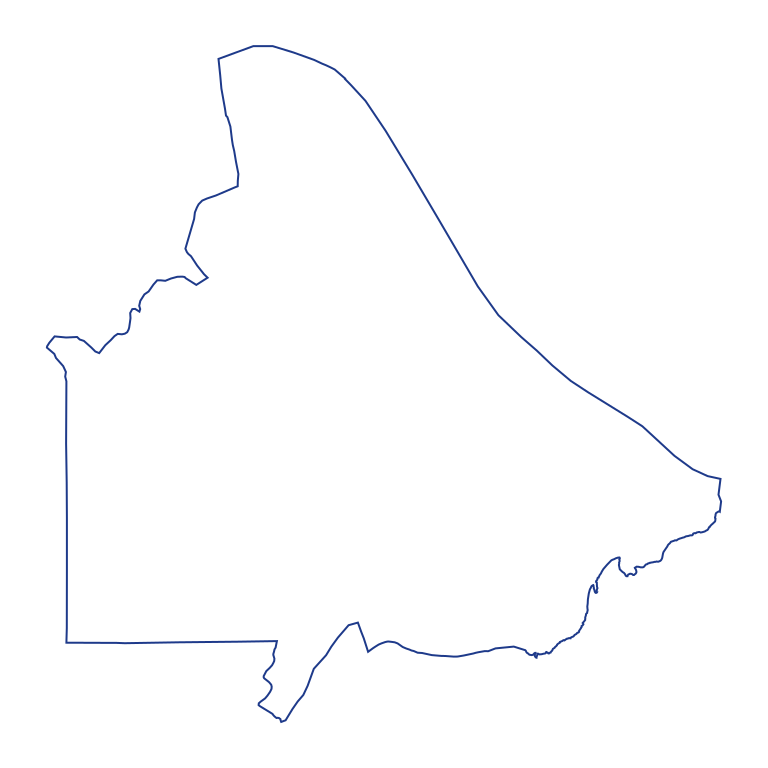 outline of San Cristóbal, Bolívar, Colombia
{"feature_id": "7082276B17272227994526", "entity_name": "San Cristóbal", "entity_type": "district", "adm_level": 2, "iso_a3": "COL", "parent_name": "Colombia", "parent_adm1": "Bolívar", "projection": "natural_earth1", "projection_center": [-75.055, 10.374], "detail": "fine", "context": "isolated", "style": "outline", "palette": "blue", "viewbox_px": 768, "rotation_deg": 0, "n_neighbors": 0, "source": "geoboundaries", "source_scale": "gbopen_adm2", "svg_char_len": 6052}
<svg xmlns="http://www.w3.org/2000/svg" viewBox="0 0 768 768"><path d="M334.7,69.5L330.4,67.3L325.9,65.2L322.2,63.7L314.1,59.9L293.5,52.5L272.6,46.1L253.4,46.1L218.5,58.9L220.2,75.2L221.4,88.6L225.0,108.8L226.0,115.6L227.4,117.1L230.4,126.6L232.0,139.9L232.8,145.0L234.2,151.0L236.0,161.8L238.4,174.0L237.8,180.9L237.7,186.3L234.8,187.4L215.9,195.5L207.0,198.5L202.2,200.6L198.6,204.3L196.9,207.5L194.9,212.4L194.1,219.0L185.4,248.7L186.9,252.1L188.3,253.9L191.0,256.2L197.1,265.5L204.0,274.2L207.6,277.7L196.3,284.9L185.7,278.2L184.6,277.0L182.8,276.7L180.2,276.7L177.3,276.8L171.0,278.5L165.3,280.8L160.5,280.3L157.2,280.3L153.5,284.5L148.6,291.5L144.4,294.4L140.3,300.9L139.2,305.8L140.2,309.1L139.4,311.6L135.1,308.9L132.3,309.1L130.2,313.0L130.5,318.1L130.1,321.2L129.2,327.4L128.6,329.5L127.2,332.2L124.8,333.7L121.9,334.3L117.7,333.9L114.5,336.1L110.7,340.2L105.3,345.2L99.2,353.1L95.3,351.5L91.3,347.5L83.9,340.9L79.7,339.5L77.1,337.0L66.1,337.5L54.6,336.4L49.3,342.8L47.1,346.3L46.9,347.6L51.6,351.6L54.3,353.9L56.0,358.0L63.2,366.1L65.9,372.0L65.2,376.6L66.4,381.3L66.1,443.5L66.7,482.6L66.9,518.2L66.9,570.9L66.8,628.1L66.4,642.7L116.9,642.9L124.7,643.2L178.7,642.3L237.9,641.7L276.9,641.1L275.6,647.6L274.5,649.4L274.0,651.7L273.4,653.7L273.3,654.9L274.4,658.6L274.2,661.0L273.4,662.8L272.1,665.2L269.7,667.9L266.3,671.1L263.7,676.1L263.7,677.4L264.2,678.3L269.1,682.2L271.2,684.7L271.7,686.7L271.5,688.9L270.1,691.8L267.4,695.7L265.1,698.4L260.7,701.6L258.8,703.3L258.6,705.1L259.8,706.1L272.5,713.9L273.3,715.1L274.5,716.4L276.5,718.0L277.7,717.8L278.9,718.0L280.4,719.1L280.7,720.6L281.2,721.9L285.6,720.3L292.5,709.0L297.7,701.5L303.3,695.0L307.6,685.9L313.8,668.8L326.1,655.2L331.3,646.7L337.9,637.6L348.6,625.2L357.9,622.6L361.1,631.5L363.8,638.4L368.1,651.8L373.0,648.2L375.1,646.8L378.6,644.6L381.4,643.4L385.1,642.1L387.2,641.6L388.5,641.5L391.8,641.9L394.7,642.3L397.6,643.4L402.7,647.0L406.2,648.5L409.5,649.6L411.5,650.5L413.7,651.0L417.6,652.7L422.1,653.0L431.8,655.1L441.1,655.9L445.3,656.0L453.5,656.6L456.2,656.6L457.9,656.5L463.8,655.5L473.3,653.5L475.7,652.8L478.5,652.2L481.4,651.7L484.8,651.1L488.2,651.2L495.5,648.4L513.8,646.6L525.3,650.2L526.0,651.1L526.3,652.0L526.9,652.8L527.6,653.1L529.4,654.7L531.7,655.1L533.0,654.8L534.1,653.5L535.0,652.9L535.5,652.9L535.5,653.4L534.9,654.1L534.9,654.3L534.8,655.9L535.4,657.0L536.1,657.6L536.5,657.7L536.6,656.7L537.2,655.4L537.2,654.9L537.5,654.4L537.6,653.7L538.2,653.7L539.4,654.4L541.7,654.2L543.6,653.7L545.1,653.5L545.7,653.0L546.1,652.1L546.6,652.0L547.2,652.7L547.9,652.8L548.2,653.3L548.9,653.5L549.4,653.0L549.8,652.7L550.6,652.6L551.1,651.6L551.8,651.0L552.3,650.4L552.6,649.5L553.0,648.8L554.5,647.9L555.0,647.1L556.2,646.1L557.0,645.2L557.1,644.6L558.0,643.8L559.9,642.6L559.9,642.0L562.5,640.9L563.0,640.4L563.4,640.3L563.9,640.1L564.5,640.4L565.3,639.8L565.7,639.4L566.9,638.9L567.1,638.6L568.0,638.5L568.8,638.3L569.0,638.1L570.5,638.3L570.7,637.7L571.5,637.3L571.9,637.0L573.3,636.5L574.0,635.8L574.6,634.9L576.0,634.2L576.5,633.8L577.1,633.0L577.5,632.7L578.2,632.6L578.7,632.3L579.1,631.7L579.1,630.8L581.0,628.1L581.1,627.6L581.6,627.1L581.6,626.0L582.6,625.4L582.8,625.0L583.2,624.6L583.4,624.3L583.1,623.4L582.7,623.0L584.5,620.9L585.2,619.9L585.1,619.3L585.3,618.4L585.2,617.5L585.9,615.4L586.0,614.1L586.6,613.4L587.1,613.0L587.2,612.2L587.7,610.0L587.5,609.1L587.3,606.5L587.7,603.6L587.9,599.4L588.8,593.5L589.9,589.4L590.8,587.8L591.2,586.8L591.6,586.1L592.7,585.3L593.3,585.1L593.5,585.5L593.5,586.2L593.7,587.1L593.9,588.0L593.8,588.7L594.3,589.5L594.5,590.5L594.8,591.7L595.2,592.4L595.7,592.9L596.2,592.9L596.9,592.5L597.0,592.3L596.1,592.2L596.0,591.4L596.6,590.9L596.9,590.0L596.9,589.2L597.4,588.5L597.4,587.9L597.0,586.8L596.8,582.5L596.0,581.9L596.2,581.0L597.2,579.8L597.4,579.2L597.5,578.2L598.0,577.6L598.6,577.6L599.0,576.6L599.6,575.2L600.9,573.5L601.8,571.6L603.4,569.0L607.2,564.6L611.4,560.3L612.7,559.7L614.1,559.2L615.8,558.3L618.0,557.6L619.5,557.5L619.7,557.8L619.8,558.7L619.3,559.4L619.6,560.5L619.6,561.3L619.1,562.4L619.2,563.5L618.9,565.0L619.6,568.4L619.8,569.3L621.7,571.2L622.7,572.1L624.0,572.9L625.1,574.3L625.7,575.6L626.4,576.2L627.4,576.2L627.5,576.2L627.7,575.4L628.2,574.6L629.7,573.9L630.1,573.7L630.5,573.8L631.5,573.9L632.4,574.3L632.8,574.8L633.3,575.0L633.6,575.0L634.0,575.0L634.2,574.8L634.9,574.2L635.7,573.6L636.0,573.1L636.3,572.6L636.4,572.0L636.4,571.5L636.1,570.2L635.7,569.2L634.9,568.1L634.8,567.8L636.6,566.7L637.1,566.7L638.6,566.8L640.6,567.3L642.8,567.3L643.5,567.1L644.0,566.7L645.6,564.8L646.1,564.4L647.1,564.2L648.1,563.4L648.4,563.4L648.9,563.3L649.4,562.9L650.1,562.9L650.4,562.7L651.5,562.5L652.9,562.3L653.4,562.2L654.3,561.9L654.9,561.9L655.7,561.8L656.6,561.5L657.5,561.7L658.4,561.7L660.4,560.8L661.1,560.1L661.7,559.1L662.2,557.9L663.0,553.6L663.4,552.3L663.7,551.7L666.5,547.6L667.3,546.5L667.8,545.3L668.6,544.3L669.7,543.4L670.1,542.9L670.9,541.8L674.2,540.7L674.7,540.4L675.1,540.3L676.0,540.4L676.5,540.4L677.0,540.1L677.4,539.7L678.1,539.3L679.7,538.6L680.8,538.3L682.9,537.6L683.9,537.4L684.8,537.0L685.4,536.6L686.2,536.3L688.2,536.0L689.8,535.5L690.5,535.3L691.3,535.3L691.9,535.4L692.4,535.1L692.9,534.6L693.1,533.8L693.4,533.5L694.0,533.3L694.4,533.2L694.9,533.1L695.4,533.3L696.1,533.0L696.5,532.6L697.2,532.3L697.7,532.3L698.8,532.0L699.5,532.0L700.5,532.5L701.9,532.3L703.3,531.9L704.7,531.5L705.2,531.2L706.3,530.5L707.4,530.0L707.9,529.5L708.4,528.7L708.9,527.6L709.2,527.1L709.7,527.0L710.2,526.1L711.6,524.6L712.6,523.8L713.6,522.8L714.6,521.9L714.9,521.6L715.1,521.3L715.3,520.4L715.5,518.6L715.4,518.3L715.0,517.9L715.0,517.6L715.2,516.6L715.5,515.8L715.5,514.8L715.9,513.4L716.3,512.9L718.2,511.7L718.8,511.4L719.2,511.3L719.8,511.7L721.1,501.4L718.5,494.7L720.5,478.9L707.6,476.1L692.6,469.2L674.4,455.8L642.4,426.3L628.3,417.2L588.1,392.3L570.9,381.0L552.4,365.5L536.9,350.7L521.2,337.0L498.4,315.2L477.8,286.4L438.9,219.9L412.2,174.6L385.6,130.8L365.5,100.9L350.9,85.0L345.0,79.0L345.2,78.6L334.7,69.5Z" fill="none" stroke="#1e3a8a" stroke-width="2"/></svg>